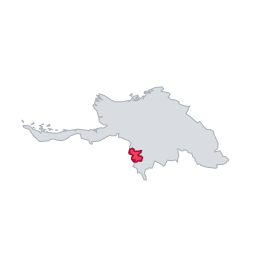 Monghsat, Shan, Myanmar shown in context, rotated 102°
{"feature_id": "60261553B30377978208155", "entity_name": "Monghsat", "entity_type": "district", "adm_level": 2, "iso_a3": "MMR", "parent_name": "Myanmar", "parent_adm1": "Shan", "projection": "albers", "projection_center": [98.999, 20.355], "detail": "fine", "context": "in_parent", "style": "filled", "palette": "rose", "viewbox_px": 256, "rotation_deg": 102, "n_neighbors": 0, "source": "geoboundaries", "source_scale": "gbopen_adm2", "svg_char_len": 7055}
<svg xmlns="http://www.w3.org/2000/svg" viewBox="0 0 256 256"><g transform="rotate(102 128 128)"><path d="M164.6,115.4L162.1,114.2L160.3,115.4L157.6,114.9L157.8,117.4L156.3,118.2L153.5,117.9L151.8,121.6L146.0,122.6L142.2,121.9L140.0,125.1L139.9,128.9L138.8,131.1L139.2,135.0L136.7,136.0L135.2,135.8L136.0,137.6L138.0,138.4L139.1,142.4L138.7,144.0L146.6,153.3L149.0,160.6L150.9,159.6L151.5,160.4L150.7,162.3L148.2,163.8L147.8,171.5L143.8,173.3L143.9,175.9L144.4,177.7L147.9,182.8L151.9,186.3L154.2,190.1L154.6,195.5L154.1,197.8L155.1,201.1L157.2,203.2L159.6,211.8L154.8,219.4L149.9,224.4L149.3,229.6L147.7,231.4L147.0,229.7L146.6,224.2L149.0,220.7L149.8,214.0L151.3,212.5L150.5,211.9L148.6,212.3L149.3,206.9L148.2,206.6L149.1,205.5L148.0,196.3L144.3,189.9L143.8,187.1L143.3,190.9L142.8,190.1L142.7,185.1L140.7,179.5L140.9,179.0L141.9,179.5L141.0,178.3L140.2,178.5L139.6,177.2L138.6,165.7L137.2,164.1L137.8,159.1L138.8,157.9L135.0,158.3L133.3,154.1L133.2,151.9L129.4,148.3L130.0,149.4L129.4,150.6L130.0,152.5L128.4,156.1L126.8,157.8L124.7,158.4L123.1,157.4L122.8,155.4L122.1,155.4L123.5,159.1L117.4,162.1L116.4,164.2L113.2,167.0L112.2,166.6L112.8,162.8L110.9,165.8L108.3,165.8L107.9,161.7L106.8,164.1L105.3,164.8L105.9,157.9L105.4,159.9L102.9,162.6L100.5,163.4L101.2,157.8L104.6,148.9L105.0,146.0L103.5,138.8L100.9,132.7L101.7,132.6L99.8,130.8L99.7,126.3L98.5,127.9L98.3,130.7L96.0,129.2L93.8,125.2L94.7,124.9L97.3,126.8L98.8,125.8L99.2,124.6L95.2,120.7L96.3,119.2L95.0,119.1L91.5,117.2L90.5,117.5L90.9,119.1L90.1,119.6L88.9,117.1L89.9,115.9L89.1,115.8L89.7,113.7L89.4,113.3L87.6,116.1L86.7,115.4L87.8,114.0L87.4,113.1L86.0,111.4L86.0,114.4L82.5,109.5L80.7,102.9L82.4,101.3L85.1,103.4L85.2,95.3L86.4,93.7L89.3,95.2L90.2,93.2L91.3,92.7L90.8,87.2L91.8,83.6L93.7,83.1L94.3,80.3L94.6,76.4L93.9,72.0L95.6,73.1L97.5,72.8L102.1,74.4L104.0,69.4L108.5,61.3L106.9,59.4L107.2,58.3L111.1,54.1L113.1,50.3L112.4,46.8L113.2,44.0L116.7,42.3L124.2,36.7L129.7,36.0L131.9,38.3L133.4,38.5L131.2,33.2L135.9,29.3L135.8,26.2L138.0,22.9L139.2,23.0L140.3,24.6L141.5,24.7L143.6,27.1L145.6,33.7L147.1,32.5L149.1,33.5L150.0,43.3L149.5,49.1L148.2,50.4L149.2,52.7L147.2,53.6L145.8,55.8L143.9,56.0L142.5,59.1L140.5,59.6L139.4,62.0L139.7,63.9L138.1,65.0L137.5,68.1L138.9,69.4L139.3,71.1L137.8,74.7L139.0,74.9L144.5,72.5L148.4,73.0L151.0,72.4L149.3,74.8L150.9,78.0L151.3,82.9L157.0,84.3L158.0,85.5L156.7,87.1L154.7,95.0L162.3,96.1L162.6,99.1L164.2,100.2L164.5,101.9L165.5,102.4L169.6,102.3L172.0,100.2L175.1,99.3L175.3,101.0L174.6,102.3L171.2,104.1L168.9,107.7L168.8,108.5L169.9,109.2L165.9,110.7L164.6,115.4ZM96.3,123.2L98.7,124.7L98.2,125.8L96.6,125.8L95.5,123.9L96.3,123.2ZM145.0,201.8L146.6,204.1L145.0,205.6L145.0,201.8ZM95.7,133.1L94.4,132.2L93.6,130.9L96.3,131.0L95.7,133.1ZM147.3,211.6L147.4,214.6L146.3,214.2L145.7,211.7L147.3,211.6ZM104.3,163.5L102.5,165.4L102.3,163.7L104.7,161.4L104.3,163.5ZM137.1,161.4L136.1,160.8L136.0,159.1L136.8,158.6L137.4,159.4L137.1,161.4ZM143.9,215.2L143.7,214.2L144.8,211.8L144.6,213.9L143.9,215.2ZM143.3,220.8L144.7,223.0L144.5,223.5L143.2,221.7L142.3,221.8L143.3,220.8ZM148.3,209.9L146.8,210.5L146.7,208.4L148.3,209.9ZM144.7,231.2L142.7,233.1L142.9,232.0L144.7,231.2ZM88.4,117.4L89.0,119.9L87.9,116.9L88.4,117.4ZM145.1,197.0L145.0,198.9L144.5,195.9L145.1,197.0ZM94.0,119.3L94.2,120.9L93.2,118.6L94.0,119.3ZM143.0,207.7L141.9,206.7L142.3,206.1L142.9,206.2L143.0,207.7ZM142.3,205.0L141.5,206.2L140.8,205.5L141.4,204.9L142.3,205.0ZM142.4,212.4L142.4,213.4L141.6,210.9L142.4,212.4ZM106.8,165.8L106.0,165.7L107.1,164.5L107.2,165.0L106.8,165.8ZM147.5,221.0L146.8,220.8L147.4,219.6L147.5,221.0Z" fill="#d9dde1" stroke="#a8b0b8" stroke-width="1"/><path d="M148.7,122.3L148.7,122.2L149.0,122.0L149.1,121.9L149.3,121.9L149.5,121.8L149.6,121.7L149.9,121.9L150.1,121.8L150.3,121.9L150.4,121.7L150.5,121.6L150.8,121.4L150.9,121.2L151.0,121.2L151.2,121.4L151.3,121.4L151.4,121.5L151.5,121.6L151.6,121.8L151.7,122.0L151.8,122.0L151.9,121.9L152.0,121.7L152.7,121.5L152.8,121.5L152.8,121.4L152.9,121.2L153.0,120.9L153.0,120.7L153.1,120.4L153.0,120.2L152.9,120.2L153.0,120.1L152.9,120.0L152.9,119.9L153.1,119.9L153.1,119.7L153.0,119.3L153.1,119.1L153.3,119.0L153.2,119.0L153.2,118.9L153.1,118.7L153.3,118.5L153.3,118.3L153.4,118.1L153.5,118.0L153.5,117.9L153.6,118.0L153.7,117.9L153.7,118.0L153.8,118.0L154.1,117.9L154.0,117.7L154.3,117.6L154.5,117.6L154.8,117.6L155.0,117.7L155.3,117.8L155.5,117.9L155.7,118.0L155.8,118.1L156.0,118.3L156.7,118.0L156.9,118.1L157.0,118.1L157.3,118.0L157.4,117.9L157.5,117.9L157.8,117.8L158.0,117.7L158.1,117.3L158.3,117.3L158.4,117.1L158.5,117.1L158.6,116.9L158.7,116.7L158.4,116.5L158.3,116.4L158.2,116.4L158.2,116.2L158.1,115.9L158.1,115.7L158.1,115.4L157.9,115.2L157.7,115.1L157.5,114.9L157.6,114.7L157.9,114.7L158.0,114.7L158.1,114.9L158.2,115.0L158.3,115.0L158.6,115.0L158.8,115.1L159.0,115.1L159.2,115.3L159.2,115.2L159.3,115.3L159.3,115.1L159.5,115.0L159.4,114.8L159.5,114.7L159.7,114.4L159.9,114.4L159.9,114.2L159.8,113.9L159.8,113.7L159.7,113.4L159.6,113.5L159.5,113.4L159.4,113.4L159.4,113.2L159.5,112.9L159.4,112.5L159.3,112.4L159.2,112.3L159.0,112.2L158.9,112.1L158.7,112.0L158.6,111.9L158.4,111.7L158.2,111.7L157.9,111.2L157.9,110.9L157.7,110.8L157.7,110.7L157.6,110.4L157.4,110.3L157.4,110.2L157.4,109.9L157.4,109.6L157.5,109.5L157.7,109.4L157.5,109.2L157.6,108.9L157.7,108.7L157.6,108.4L157.6,108.2L157.3,107.9L157.2,107.9L157.1,108.0L157.0,107.9L156.9,107.9L156.6,107.9L156.6,108.0L156.4,108.1L156.1,108.1L155.9,108.0L155.7,107.9L155.4,107.8L154.8,107.8L154.7,107.8L154.4,107.8L154.2,107.8L153.8,107.8L153.7,107.8L153.6,108.1L153.4,108.3L153.5,108.3L153.5,108.5L153.4,108.6L153.2,108.8L153.3,109.0L153.2,109.1L153.1,109.4L152.9,109.6L152.8,109.9L152.8,110.0L152.9,110.3L153.0,110.4L153.0,110.7L153.1,110.8L153.2,111.0L153.1,111.3L152.9,111.7L152.9,111.9L153.0,112.1L152.9,112.3L152.7,112.5L152.4,112.4L152.2,112.5L151.9,112.5L151.8,112.2L151.7,112.1L151.2,111.9L151.1,111.7L150.7,111.4L150.4,111.3L150.3,111.2L150.2,111.1L149.9,110.9L149.8,111.0L149.7,111.0L149.6,110.9L149.6,110.7L149.4,110.4L149.2,110.5L148.9,110.4L148.8,110.5L148.6,110.4L148.5,110.5L148.4,110.5L148.2,110.5L148.0,110.4L147.9,110.3L147.8,110.2L147.6,110.1L147.4,110.1L147.4,110.4L147.4,110.5L147.5,110.7L147.5,110.8L147.7,111.0L147.8,111.1L147.8,111.3L147.9,111.5L148.0,111.7L148.2,112.0L148.3,112.1L148.4,112.3L148.5,112.6L148.4,112.7L148.4,112.8L148.5,112.9L148.5,113.0L148.8,113.5L149.0,113.8L149.0,114.0L149.0,114.4L148.9,114.5L148.9,114.8L148.9,115.0L149.0,115.4L149.3,115.6L149.4,115.8L149.5,115.9L149.5,116.0L149.4,116.2L149.4,116.3L149.4,116.6L149.4,116.8L149.3,117.0L149.2,117.1L148.9,117.2L148.8,117.3L148.7,117.4L148.5,117.5L148.4,117.5L148.1,117.5L147.8,117.7L147.6,117.8L147.4,118.0L147.4,118.3L147.4,118.5L147.5,118.7L147.6,118.8L147.6,119.0L147.4,119.4L147.4,119.5L147.5,119.6L147.5,119.8L147.5,120.0L147.4,120.0L147.5,120.1L147.6,120.3L147.9,120.5L148.0,120.7L148.0,120.8L148.2,121.2L148.1,121.3L148.2,121.5L148.3,121.5L148.5,121.7L148.6,121.9L148.6,122.0L148.7,122.3Z" fill="#f43f5e" stroke="#9f1239" stroke-width="1.5"/></g></svg>